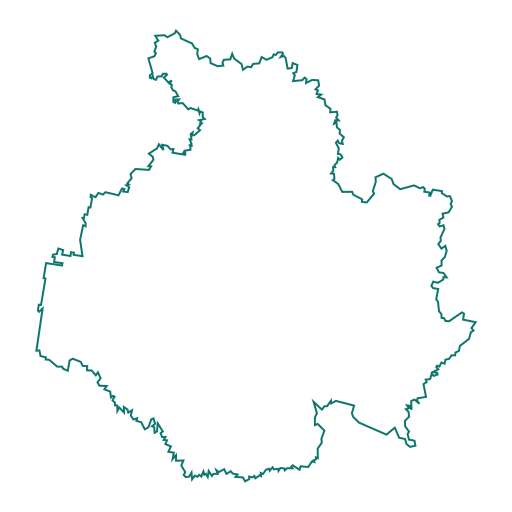 Oberon, New South Wales, Australia
{"feature_id": "25037944B83786043255817", "entity_name": "Oberon", "entity_type": "district", "adm_level": 2, "iso_a3": "AUS", "parent_name": "Australia", "parent_adm1": "New South Wales", "projection": "mercator", "projection_center": [149.791, -33.845], "detail": "fine", "context": "isolated", "style": "outline", "palette": "teal", "viewbox_px": 512, "rotation_deg": 0, "n_neighbors": 0, "source": "geoboundaries", "source_scale": "gbopen_adm2", "svg_char_len": 5964}
<svg xmlns="http://www.w3.org/2000/svg" viewBox="0 0 512 512"><path d="M36.4,350.7L39.4,350.4L40.5,356.0L45.9,357.4L45.7,359.5L49.2,359.8L57.2,366.6L62.3,366.7L63.0,368.7L67.8,370.7L69.6,360.5L72.7,358.7L80.8,361.9L82.7,365.9L87.2,366.1L87.0,370.3L91.6,370.5L95.8,375.3L97.9,372.3L100.6,378.2L97.5,382.4L99.4,385.7L106.7,386.0L104.4,389.3L110.2,391.6L111.0,397.4L113.1,395.8L114.6,396.8L112.5,400.2L114.9,402.6L115.0,405.4L117.3,405.5L117.4,410.9L119.3,407.5L124.0,412.5L123.9,407.0L127.5,409.5L128.3,412.6L132.0,410.3L130.8,415.5L133.4,419.5L137.1,418.3L136.4,420.8L141.2,422.3L144.8,429.3L148.3,427.4L151.3,419.3L153.5,418.4L155.1,423.8L152.0,426.3L154.2,427.2L154.6,432.8L157.0,431.4L157.7,423.3L162.8,431.5L160.6,433.1L162.1,437.1L165.4,437.0L163.7,439.9L167.0,440.3L165.4,444.1L170.9,446.4L168.4,451.7L173.8,452.7L172.6,459.1L176.0,455.2L176.0,460.7L183.4,460.5L181.3,465.6L185.3,472.2L183.7,474.9L185.7,477.1L189.2,476.6L191.5,472.6L192.1,479.3L194.9,475.6L197.4,476.8L199.1,474.8L201.3,476.6L203.4,471.4L204.4,474.7L205.8,473.8L207.7,477.0L208.7,471.0L211.9,476.0L213.4,473.9L217.7,473.9L216.4,470.2L218.7,472.1L224.2,469.2L226.5,473.9L230.8,471.2L232.6,473.5L237.5,474.5L235.5,476.9L242.9,477.4L245.1,481.3L249.3,479.1L249.1,476.6L252.7,477.4L254.3,475.9L255.4,478.3L259.7,475.3L261.0,476.1L260.8,473.0L263.0,474.0L266.0,469.7L269.2,468.8L269.7,470.7L272.6,467.3L273.8,469.3L278.1,469.0L278.5,470.9L280.4,468.0L284.4,468.5L284.7,470.3L287.3,468.2L292.5,468.3L291.2,466.8L292.7,465.3L299.6,469.8L300.6,466.3L308.2,467.0L311.9,461.5L314.2,462.0L313.3,460.5L315.8,459.5L315.9,457.4L317.8,458.2L317.7,448.6L321.8,442.6L321.4,438.8L324.4,430.6L317.7,423.9L315.0,425.1L314.9,417.6L316.9,413.1L313.6,401.8L321.9,409.6L324.5,406.2L327.1,406.2L331.0,400.7L331.2,403.4L335.9,400.9L354.1,405.6L351.9,413.2L353.2,416.9L359.0,422.6L386.4,434.6L394.8,427.7L399.2,437.8L405.1,439.0L406.4,443.9L410.1,446.9L415.4,445.7L414.5,440.7L409.0,439.6L407.6,434.2L409.0,431.6L405.1,426.2L404.9,420.8L409.1,416.7L408.5,411.7L405.9,409.2L409.0,408.2L407.0,405.4L409.8,405.8L411.5,409.8L411.2,401.0L414.5,399.6L419.4,403.7L416.9,400.4L417.6,398.3L426.0,396.9L423.5,384.1L426.6,382.1L425.7,379.6L430.1,379.1L431.8,373.5L433.6,375.9L437.6,374.5L437.2,372.9L433.0,372.0L438.3,369.3L436.3,367.1L437.1,365.7L439.4,366.5L441.5,362.5L444.6,363.7L445.4,359.7L449.2,358.8L451.5,355.3L455.1,355.3L455.5,352.5L458.9,350.9L460.0,345.8L469.0,338.9L470.9,332.2L473.5,330.6L471.5,328.1L475.6,322.2L463.1,319.6L464.0,313.7L461.9,312.4L449.2,321.2L445.5,321.0L444.0,318.1L441.6,317.9L441.4,314.1L439.0,311.2L438.0,301.8L436.2,299.3L438.2,289.0L433.1,288.1L431.4,285.9L433.3,281.6L437.9,282.8L443.2,279.6L443.4,277.2L446.6,277.4L443.4,272.9L439.0,272.4L436.6,267.8L441.6,265.5L441.5,260.5L444.8,257.1L446.7,250.8L445.3,245.9L441.4,248.6L438.3,244.1L440.8,240.9L440.5,237.5L444.5,228.8L443.5,225.3L439.7,226.4L438.0,224.2L439.6,223.0L439.4,219.8L443.4,217.6L442.6,213.6L448.6,212.4L452.0,206.6L450.7,204.2L452.0,201.0L449.9,196.1L446.9,196.5L441.8,193.1L442.0,191.1L432.8,189.7L430.3,195.8L429.2,195.6L429.7,192.6L424.3,191.7L424.8,188.9L423.2,187.1L420.1,188.3L414.0,185.4L400.2,189.2L393.5,184.1L391.7,179.0L383.4,173.7L375.5,177.3L375.8,181.8L372.8,191.2L374.1,193.7L366.7,202.5L361.9,201.8L362.1,199.3L353.3,194.7L352.1,191.8L342.3,191.9L338.2,184.0L332.8,180.1L334.4,179.0L334.0,173.8L331.1,173.5L333.3,170.8L333.1,167.1L335.2,167.1L334.4,165.3L337.2,162.4L338.1,157.9L339.8,159.7L342.4,157.6L340.6,154.4L337.9,153.9L338.8,148.4L335.9,142.8L337.7,140.6L339.2,143.2L342.7,143.9L341.9,140.8L343.9,137.3L339.6,133.5L340.0,129.9L336.9,127.3L336.5,122.4L334.1,123.7L335.2,120.2L338.7,120.4L336.1,117.4L337.5,115.5L337.0,111.8L330.2,112.3L330.5,108.8L325.4,105.2L324.5,99.4L317.9,97.2L321.1,94.6L316.6,94.0L317.9,90.4L315.5,89.3L319.1,85.7L318.2,80.3L312.1,79.9L306.1,83.0L306.5,79.0L304.6,77.6L302.3,80.2L293.1,81.1L294.8,75.3L293.3,73.2L296.4,72.0L297.4,65.0L292.7,63.1L291.8,68.0L287.6,68.6L285.6,57.9L283.9,56.0L280.7,57.0L283.0,53.8L282.4,52.4L277.8,52.4L275.7,55.0L273.7,54.4L272.5,57.2L266.4,59.8L261.7,57.0L259.2,63.4L253.1,63.9L251.2,67.2L247.4,66.6L243.0,69.8L241.6,64.1L234.1,58.5L232.2,53.8L230.3,59.4L223.9,59.8L222.5,62.5L223.3,65.6L217.7,66.2L210.6,63.1L210.2,58.5L206.6,56.0L199.1,59.1L197.2,54.2L197.8,49.3L194.5,47.8L192.1,43.5L180.9,38.4L180.1,34.9L176.0,30.7L174.8,33.3L167.4,37.2L164.4,35.2L155.3,35.8L158.3,40.6L154.8,42.8L156.2,46.5L154.4,51.7L155.9,53.0L154.4,56.3L148.4,58.3L152.6,73.2L149.9,75.3L149.8,77.6L151.4,78.3L152.8,76.0L153.7,79.1L156.0,79.8L157.5,76.5L161.7,76.4L162.9,73.8L166.2,73.7L167.0,74.7L163.9,77.6L168.5,82.6L171.7,80.4L169.7,83.7L171.9,84.9L171.3,87.2L173.0,90.3L175.5,91.4L178.2,96.2L173.4,97.3L173.4,102.0L175.1,102.7L175.5,99.6L179.1,99.4L177.3,101.9L178.2,103.5L182.7,103.1L188.2,109.3L190.4,108.0L197.8,110.5L198.4,109.1L199.5,113.5L200.3,111.5L202.8,112.5L202.7,117.1L204.7,119.0L199.1,120.2L201.0,121.4L200.1,123.6L201.6,123.5L197.7,128.2L200.0,130.2L194.3,135.2L191.9,135.5L192.6,132.5L190.7,134.0L191.5,139.5L189.6,139.3L191.6,144.0L189.9,145.1L191.6,146.0L190.3,146.8L190.4,149.8L184.6,150.7L183.5,152.5L185.2,152.7L185.2,154.8L172.5,152.7L173.4,149.0L170.5,149.3L167.4,145.8L162.2,144.8L163.5,150.1L158.9,144.3L157.1,148.4L148.9,153.6L152.8,156.9L153.4,159.8L148.4,166.2L151.0,166.4L149.0,169.9L135.4,169.0L130.5,174.2L131.6,178.2L127.4,183.2L128.9,184.5L126.3,185.2L129.2,187.3L127.7,192.1L123.2,191.5L124.3,189.0L122.0,188.5L118.5,195.3L105.4,192.2L102.9,194.6L98.4,192.9L95.6,197.2L90.8,194.8L90.6,197.1L92.1,198.1L90.4,207.5L88.6,207.2L87.3,214.8L84.6,214.3L83.9,218.1L82.6,218.0L85.6,223.1L85.6,226.3L83.1,225.3L80.1,239.9L82.5,256.2L73.6,254.8L74.0,252.7L71.0,252.2L70.5,256.0L62.1,254.6L63.1,250.1L58.4,248.5L56.8,254.0L52.9,254.7L52.5,256.9L54.8,257.3L54.1,262.0L62.5,263.2L62.0,265.5L46.1,263.1L43.6,278.2L45.5,278.5L41.0,305.0L38.8,304.7L37.9,310.4L39.0,311.8L42.6,308.5L36.4,350.7Z" fill="none" stroke="#0f766e" stroke-width="2"/></svg>